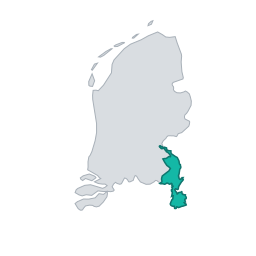 Netherlands, with Limburg highlighted, rotated 340°
{"feature_id": "NLD-898", "entity_name": "Limburg", "entity_type": "Province", "adm_level": 1, "iso_a3": "NLD", "parent_name": "Netherlands", "parent_adm1": "", "projection": "mercator", "projection_center": [5.902, 51.263], "detail": "fine", "context": "in_parent", "style": "filled", "palette": "teal", "viewbox_px": 256, "rotation_deg": 340, "n_neighbors": 0, "source": "natural_earth", "source_scale": "10m", "svg_char_len": 5411}
<svg xmlns="http://www.w3.org/2000/svg" viewBox="0 0 256 256"><g transform="rotate(340 128 128)"><path d="M156.3,220.2L152.3,220.0L148.6,219.9L146.6,219.6L144.5,218.7L143.6,216.7L142.4,214.4L142.7,212.9L146.2,208.8L146.7,207.7L146.4,207.1L146.7,205.3L149.4,199.2L149.8,196.7L148.6,195.0L146.8,194.0L141.2,192.2L138.5,189.6L137.2,187.4L136.0,186.7L134.1,187.5L129.5,188.3L125.7,187.1L121.2,182.9L120.1,179.1L119.6,176.2L118.5,175.1L116.9,176.6L115.0,179.0L111.3,179.3L110.2,178.7L110.0,177.4L109.8,176.2L108.8,174.6L107.6,173.8L102.8,178.1L101.1,178.1L98.8,176.4L97.7,174.8L95.3,175.7L93.0,177.8L93.8,181.6L92.6,182.3L89.9,181.9L86.8,180.4L83.4,179.4L78.2,176.8L70.9,178.9L65.9,176.4L61.7,176.1L59.1,174.1L56.2,170.6L58.2,168.3L60.2,167.6L67.8,167.1L73.4,168.5L83.5,176.0L86.0,175.9L88.7,175.0L87.3,172.9L84.8,172.0L81.1,170.0L78.1,167.1L85.1,166.2L84.1,164.8L83.2,162.2L75.8,153.5L77.1,151.1L78.9,146.0L81.3,141.8L83.1,140.7L86.1,137.7L92.7,128.8L96.9,121.6L100.0,113.0L104.6,89.2L105.9,85.2L108.1,80.7L110.9,81.5L112.8,82.8L119.6,79.4L131.3,70.5L134.8,62.8L138.2,59.2L151.6,52.2L159.0,50.1L170.5,49.6L178.7,48.3L188.7,47.9L192.4,52.2L194.6,55.4L198.2,57.1L203.6,58.3L203.3,64.6L203.4,76.9L202.9,79.0L200.5,84.2L197.9,93.5L197.2,99.5L196.4,100.7L186.0,100.6L184.5,101.7L184.3,103.0L184.8,104.6L184.6,106.1L183.8,107.4L184.2,109.4L186.0,111.6L189.3,113.0L192.8,113.2L194.6,112.9L196.0,114.5L197.3,117.0L197.2,120.2L196.7,124.4L195.0,128.3L190.2,132.7L188.0,134.3L186.0,135.1L185.1,136.3L184.6,137.8L184.7,139.1L188.1,142.7L188.0,143.5L187.0,145.4L185.7,147.1L176.9,150.7L173.3,150.5L171.2,152.3L170.5,152.6L168.2,151.0L163.1,149.0L161.2,149.7L160.1,150.7L156.9,152.0L154.5,154.0L154.5,156.6L158.6,163.2L160.1,164.5L160.1,166.9L162.1,170.0L164.2,173.9L164.4,176.3L164.1,178.8L163.1,182.3L159.5,190.6L159.5,192.1L159.8,193.3L161.0,193.7L161.9,194.3L161.7,195.4L155.0,201.1L154.2,202.1L151.4,201.8L151.0,202.7L151.3,204.3L152.4,205.6L154.8,206.3L156.8,207.7L158.5,210.5L156.3,220.2ZM86.8,180.4L86.2,182.7L84.7,185.4L79.5,189.1L74.1,191.6L71.3,191.3L69.3,190.0L68.3,188.6L65.4,187.3L61.4,186.7L58.9,188.1L57.2,189.4L55.6,189.2L54.4,188.1L53.5,186.4L52.4,180.9L55.3,179.9L61.8,179.5L66.8,181.4L73.3,182.4L78.3,179.8L82.3,182.0L86.8,180.4ZM75.9,158.0L79.8,161.5L80.6,162.6L80.9,163.8L76.0,165.2L70.8,160.9L67.4,161.9L66.1,159.9L66.1,158.6L69.6,157.6L75.9,158.0ZM112.8,72.2L108.9,76.8L106.5,75.6L105.8,74.5L107.0,70.9L112.8,64.8L112.8,72.2ZM130.0,51.5L126.4,52.0L124.7,51.1L133.6,48.5L139.2,47.7L140.1,48.1L130.0,51.5ZM153.8,46.7L146.0,47.8L143.4,47.0L143.0,46.2L145.1,45.7L151.7,45.6L153.7,46.3L153.8,46.7ZM121.5,56.6L114.2,61.5L113.6,60.7L118.3,56.5L121.5,56.6ZM185.5,38.5L181.8,38.7L182.9,37.0L186.2,35.7L188.1,35.7L185.5,38.5ZM169.7,43.3L164.2,45.5L162.8,45.0L163.2,44.4L168.0,43.0L169.7,43.3Z" fill="#d9dde1" stroke="#a8b0b8" stroke-width="1"/><path d="M154.4,157.6L154.2,157.8L154.2,158.5L154.6,158.7L155.7,158.6L156.2,158.9L157.0,159.5L157.4,159.9L156.9,161.7L157.8,162.9L160.5,164.1L160.0,165.5L159.8,166.4L160.0,167.2L162.6,170.8L164.2,172.6L164.4,174.7L164.6,175.8L164.5,177.1L164.2,178.4L164.1,179.6L164.7,180.3L164.5,180.8L164.4,182.2L164.2,183.0L163.8,183.6L162.8,184.3L162.4,184.7L160.4,188.4L159.5,189.4L159.1,190.1L158.8,191.3L158.7,192.7L159.0,193.9L159.9,194.4L161.8,193.1L162.7,193.4L162.4,193.6L161.5,194.3L162.4,195.1L161.8,195.9L159.5,197.1L155.9,199.9L155.4,200.5L154.6,202.1L154.1,202.7L153.4,202.7L152.9,202.3L152.4,201.7L151.9,201.4L150.8,201.9L151.0,203.4L151.6,205.2L151.6,206.8L152.2,206.7L153.2,206.2L153.7,206.0L154.3,206.1L155.3,206.4L156.7,206.2L156.8,206.6L156.5,207.1L156.4,207.6L156.5,208.5L156.6,209.0L156.9,209.3L157.8,209.9L159.1,210.4L159.0,210.6L158.8,211.0L158.7,211.4L159.0,212.7L159.0,213.2L158.8,213.8L158.4,214.3L157.5,214.2L156.9,214.6L156.6,215.2L156.6,215.7L156.7,216.3L156.5,217.0L155.9,217.6L155.3,217.4L155.5,218.2L155.8,218.7L156.2,219.0L156.4,219.4L156.4,220.2L155.6,220.3L152.7,220.2L152.3,220.1L151.8,220.0L148.4,220.1L148.0,219.8L147.2,218.9L146.8,218.7L146.5,219.0L146.1,219.6L145.9,219.9L145.4,220.0L145.0,219.9L144.3,219.5L144.7,218.1L144.8,217.4L144.2,217.2L143.3,216.8L143.1,216.6L142.4,216.1L141.8,215.2L141.7,213.8L144.5,210.6L145.0,210.4L145.5,210.3L145.6,210.1L146.2,209.4L146.8,207.9L147.3,207.1L146.9,206.9L146.5,206.9L145.6,207.1L147.2,204.7L147.8,203.1L147.3,202.4L147.4,201.6L147.6,201.0L147.9,200.8L148.4,201.2L148.7,200.8L148.9,200.3L149.2,199.5L149.0,199.2L148.9,198.6L149.3,198.6L149.7,198.5L150.1,198.4L150.5,198.1L149.6,197.2L149.7,196.5L150.3,195.9L150.2,195.6L149.8,194.8L149.2,194.8L148.0,195.1L147.4,194.6L146.6,193.5L146.0,193.1L145.5,193.0L143.8,193.4L143.2,193.4L142.7,193.1L142.3,192.7L141.8,192.3L139.6,191.6L138.9,191.0L139.6,190.8L140.5,190.5L140.9,190.5L141.2,190.4L141.4,190.1L141.7,189.6L142.0,187.5L142.7,186.3L143.0,185.9L143.8,184.8L147.6,183.6L150.4,182.7L151.6,182.4L152.6,181.6L154.0,180.5L153.0,178.4L151.7,176.5L150.8,172.9L150.2,169.0L151.6,169.1L153.1,169.6L153.6,169.6L154.6,169.4L156.5,168.8L156.9,168.9L157.9,169.5L158.5,169.0L158.5,168.5L158.3,167.9L157.8,166.1L157.6,165.8L157.6,165.6L156.8,164.3L156.5,163.9L156.1,163.7L155.9,163.3L156.1,162.7L155.5,162.0L155.0,159.7L154.4,159.3L152.8,159.1L152.2,158.7L151.8,157.9L151.9,157.1L151.2,156.8L151.2,155.9L151.5,155.7L151.9,155.6L152.1,155.6L152.4,155.9L153.1,156.8L153.3,157.0L154.3,157.7L154.4,157.6Z" fill="#14b8a6" stroke="#0f766e" stroke-width="1.5"/></g></svg>